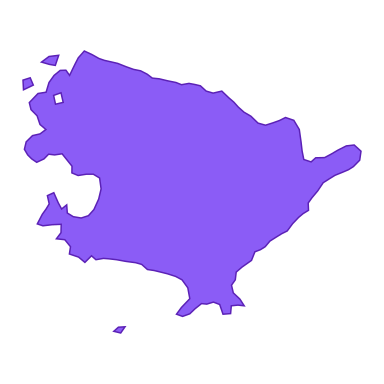 the district of Niterói, Rio de Janeiro, Brazil
{"feature_id": "56859067B85050647770651", "entity_name": "Niterói", "entity_type": "district", "adm_level": 2, "iso_a3": "BRA", "parent_name": "Brazil", "parent_adm1": "Rio de Janeiro", "projection": "robinson", "projection_center": [-43.065, -22.923], "detail": "fine", "context": "isolated", "style": "filled", "palette": "violet", "viewbox_px": 384, "rotation_deg": 0, "n_neighbors": 0, "source": "geoboundaries", "source_scale": "gbopen_adm2", "svg_char_len": 2196}
<svg xmlns="http://www.w3.org/2000/svg" viewBox="0 0 384 384"><path d="M354.2,145.0L346.3,145.9L337.8,150.2L331.0,154.2L324.6,157.6L315.7,157.8L311.1,161.9L303.8,159.5L302.1,151.0L301.0,141.6L299.3,129.5L293.8,120.3L285.5,117.5L279.5,120.5L272.8,122.9L265.5,125.2L258.0,123.1L250.9,116.2L244.0,112.2L238.3,107.1L233.9,102.2L228.7,97.7L221.8,91.1L213.1,93.1L206.2,91.1L200.4,85.8L194.9,84.5L189.0,83.4L181.5,84.7L176.0,82.5L167.6,80.8L159.2,78.8L152.3,78.1L147.2,74.2L140.6,70.8L133.6,69.4L126.3,66.8L117.7,63.4L110.8,61.8L104.5,60.4L99.0,58.5L92.4,54.8L84.3,51.0L78.3,57.8L75.4,63.4L72.6,69.1L69.6,75.4L65.9,70.2L60.2,70.4L54.1,75.4L49.0,82.5L46.1,92.2L38.0,93.5L29.3,102.6L31.0,109.6L37.1,115.8L40.0,124.5L45.9,129.5L40.0,133.9L32.5,135.6L26.2,141.8L24.4,149.3L27.7,154.9L31.7,158.9L36.7,162.3L44.0,158.9L48.6,154.2L54.6,154.9L62.1,153.8L72.0,166.2L71.9,172.9L78.1,175.5L86.4,174.2L93.3,174.2L99.6,178.0L101.1,188.9L98.7,199.0L93.9,209.6L88.4,215.7L81.2,218.0L73.3,216.7L67.3,213.0L66.7,204.9L61.6,209.0L58.2,202.7L53.8,192.7L47.4,195.6L49.2,203.9L46.1,209.0L42.3,214.3L37.3,223.9L42.9,225.8L52.1,224.7L61.2,224.3L61.0,232.7L56.4,238.8L64.8,239.7L70.5,246.7L69.4,254.0L78.6,257.1L84.9,262.4L91.5,255.8L95.9,259.7L103.4,258.4L108.8,258.8L116.6,259.7L125.9,261.4L135.7,262.7L141.7,264.4L147.4,269.5L154.1,270.5L160.7,272.1L167.5,273.8L175.6,276.4L182.0,279.8L187.8,287.8L189.8,298.7L181.4,307.5L176.5,314.2L182.6,316.4L189.8,313.8L195.0,308.8L201.5,303.6L206.8,304.1L213.4,302.1L219.7,304.5L223.0,314.2L230.6,313.6L231.3,305.8L237.9,305.1L244.2,305.8L239.9,299.1L233.3,292.9L231.5,285.2L235.3,279.8L236.2,272.1L242.0,267.1L251.5,260.4L254.9,251.8L260.4,249.7L265.2,246.7L269.9,241.1L276.2,237.1L281.7,233.7L287.2,231.0L292.6,223.7L298.6,217.4L303.0,213.7L308.5,210.3L308.2,203.0L312.0,197.7L317.7,190.9L323.2,182.7L329.2,178.9L335.0,175.3L342.4,172.3L348.5,169.7L353.4,166.6L359.7,160.2L361.0,151.2L354.2,145.0ZM53.6,95.4L61.0,92.8L63.2,102.4L55.5,104.2L53.6,95.4ZM58.7,55.3L49.0,56.5L41.5,62.1L49.4,64.4L55.3,65.4L58.7,55.3ZM33.3,85.1L30.2,77.8L23.0,80.1L23.5,89.8L33.3,85.1ZM125.0,326.8L118.4,327.2L113.8,331.3L120.7,333.0L125.0,326.8Z" fill="#8b5cf6" stroke="#5b21b6" stroke-width="1.5"/></svg>